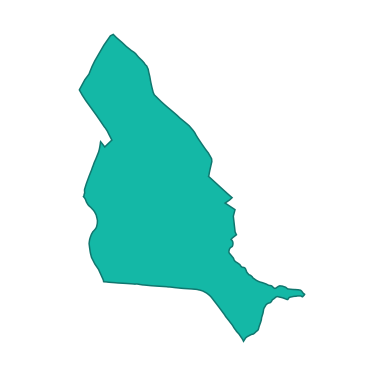 San Juan Huactzinco, Tlaxcala, Mexico, rotated 107°
{"feature_id": "50627088B94791991588668", "entity_name": "San Juan Huactzinco", "entity_type": "district", "adm_level": 2, "iso_a3": "MEX", "parent_name": "Mexico", "parent_adm1": "Tlaxcala", "projection": "albers", "projection_center": [-98.251, 19.238], "detail": "fine", "context": "isolated", "style": "filled", "palette": "teal", "viewbox_px": 384, "rotation_deg": 107, "n_neighbors": 0, "source": "geoboundaries", "source_scale": "gbopen_adm2", "svg_char_len": 4256}
<svg xmlns="http://www.w3.org/2000/svg" viewBox="0 0 384 384"><g transform="rotate(107 192 192)"><path d="M254.4,61.6L255.0,64.3L255.7,67.0L256.2,69.4L256.7,72.2L255.7,74.6L255.6,78.2L256.1,80.7L256.9,81.7L259.1,83.5L259.7,84.0L260.0,84.8L259.7,86.0L259.0,87.3L258.5,88.4L258.5,89.4L258.8,91.4L258.3,94.2L258.1,98.1L258.2,100.4L258.1,102.1L257.8,103.9L257.5,105.2L256.9,106.9L256.3,108.7L255.5,109.6L254.7,111.4L254.5,112.2L254.5,113.3L254.0,114.1L252.7,116.1L249.9,118.3L249.1,119.4L249.0,120.5L249.3,121.7L249.1,122.6L248.9,123.2L247.4,125.1L247.1,126.0L246.5,127.8L246.1,129.4L245.4,131.0L244.7,131.9L243.3,132.9L242.6,133.8L242.0,134.8L241.8,135.0L240.5,137.0L239.6,138.4L239.1,138.9L238.5,139.2L237.7,139.4L236.1,139.5L235.1,139.4L234.3,139.1L233.5,138.6L232.7,137.9L232.3,137.6L231.7,137.5L230.8,137.5L229.5,137.7L228.2,138.2L227.4,138.7L226.9,139.2L226.5,139.8L226.0,140.8L224.2,140.0L219.9,137.0L217.6,139.1L203.1,145.4L201.1,145.5L196.3,145.7L192.9,157.1L188.6,153.7L185.7,152.0L182.8,158.5L172.2,180.8L171.2,180.7L168.2,181.1L166.0,181.3L164.6,181.4L159.1,181.8L157.2,181.9L154.6,182.9L152.4,185.1L150.9,186.8L150.1,187.5L149.0,189.1L146.9,192.0L143.6,196.2L138.8,202.1L136.6,204.6L134.3,206.9L132.6,209.2L130.5,212.5L129.5,214.1L128.3,216.8L127.6,218.5L126.2,221.9L124.7,225.5L123.2,228.4L121.5,232.2L120.3,235.0L118.2,240.0L116.2,244.5L114.5,248.1L110.1,256.5L108.0,258.3L103.2,261.2L99.1,263.5L94.0,266.1L89.9,268.5L87.4,269.8L86.0,271.1L84.8,272.1L83.9,273.9L82.4,275.7L81.0,278.0L80.0,280.0L78.6,282.7L77.3,284.7L76.2,286.3L75.3,288.4L74.4,291.5L72.0,297.5L69.7,302.1L68.0,305.9L66.4,309.5L64.3,313.4L66.5,315.7L77.4,319.2L90.3,322.2L95.0,323.3L101.3,324.3L109.5,325.0L115.9,327.3L127.2,329.6L127.4,329.5L131.6,325.1L133.6,322.7L135.2,320.8L135.7,320.2L141.6,312.4L146.6,305.8L150.0,301.5L155.4,294.8L156.0,293.8L157.6,291.9L158.5,290.8L161.5,288.0L165.8,283.8L166.1,284.0L174.4,288.6L170.9,293.7L170.6,294.1L171.1,294.1L172.7,293.8L175.5,293.4L178.3,293.1L181.0,293.0L183.3,293.2L188.3,293.6L192.2,294.1L196.6,294.3L197.0,294.4L200.4,294.5L202.5,294.7L206.4,295.0L213.1,295.4L215.7,295.5L216.7,295.5L218.3,295.5L220.7,295.5L221.5,295.4L224.2,294.4L224.8,294.3L225.4,294.5L225.8,294.5L226.3,294.3L227.1,294.2L228.1,294.5L229.2,292.8L230.4,291.6L232.4,290.1L233.7,288.7L234.6,287.7L235.5,286.2L235.9,285.2L236.1,284.7L238.2,281.0L239.5,279.3L242.0,276.9L244.7,275.3L246.9,274.1L249.6,273.4L251.5,273.2L253.3,273.1L254.2,273.2L255.6,273.6L256.8,274.1L257.9,274.6L259.1,275.2L261.8,275.8L264.8,276.0L267.3,276.0L270.0,275.6L271.5,275.3L275.1,273.7L277.2,272.7L278.9,271.9L280.6,271.0L283.9,269.0L289.3,263.8L293.3,258.8L297.7,254.9L299.1,253.7L300.3,252.6L302.2,251.0L303.6,250.3L303.5,249.6L303.3,248.6L303.1,248.0L302.8,246.2L302.3,243.7L301.4,239.8L300.6,236.0L300.0,233.6L298.5,227.4L297.2,221.8L296.8,219.7L296.1,218.0L295.9,216.8L295.8,216.0L295.7,215.1L295.7,214.7L295.5,213.8L295.4,213.0L295.4,212.6L294.7,209.5L293.6,203.9L292.7,200.0L290.8,192.0L290.0,188.7L289.8,187.2L289.2,184.9L288.9,183.2L288.5,180.8L287.9,177.8L286.9,172.7L284.8,163.9L284.6,162.9L284.0,160.2L283.7,158.6L283.6,156.4L283.5,156.1L283.5,154.1L283.5,153.0L283.6,152.2L284.0,150.3L284.2,149.4L284.3,148.7L284.6,147.9L284.9,147.1L285.4,145.8L286.1,144.3L286.5,143.5L288.2,141.0L289.1,139.8L291.9,135.8L294.2,132.6L300.0,124.8L301.2,123.5L301.9,122.5L304.4,118.8L305.6,117.2L306.6,115.7L307.5,114.5L308.1,113.8L308.7,113.1L309.4,112.4L310.5,111.0L311.4,109.7L312.2,108.8L313.2,107.1L314.0,105.7L315.4,103.9L316.1,103.1L317.4,101.4L318.5,100.2L319.7,99.1L316.9,98.3L316.4,98.2L315.6,97.9L314.8,97.3L314.2,96.9L311.8,94.5L310.6,93.2L310.2,92.2L309.5,91.5L308.6,90.9L306.5,89.7L305.4,88.9L304.6,88.5L304.0,88.4L303.4,88.4L300.9,88.5L296.5,88.3L294.1,88.3L291.8,88.7L290.2,88.7L287.0,88.7L283.1,89.2L281.9,89.1L278.2,88.2L277.4,87.7L276.7,87.2L276.0,86.5L275.5,85.7L275.1,85.0L274.5,84.6L273.7,84.1L272.8,83.9L271.7,83.7L270.2,82.5L267.9,81.0L267.3,80.3L267.0,79.6L266.9,77.5L266.7,75.2L266.7,73.6L267.0,69.4L266.7,68.9L265.8,68.7L265.3,68.5L264.5,68.2L263.8,67.3L262.0,64.0L261.3,62.1L260.5,60.6L259.6,57.6L259.8,56.6L260.0,55.9L259.8,55.6L257.8,54.6L256.9,54.4L256.2,56.2L254.8,58.1L254.2,59.4L254.4,61.6Z" fill="#14b8a6" stroke="#0f766e" stroke-width="1.5"/></g></svg>